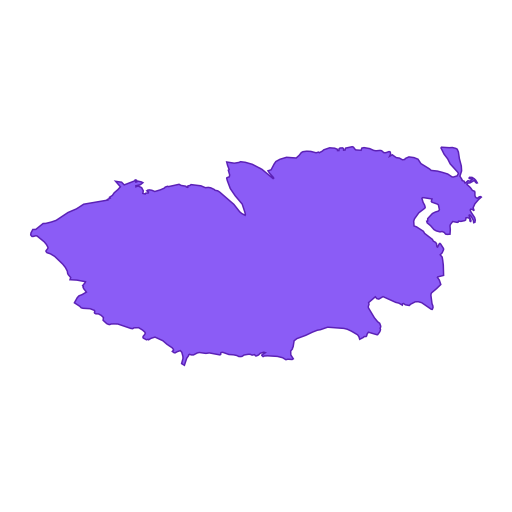 Corunca, Mures, Romania (Robinson projection)
{"feature_id": "2599482B95867949885200", "entity_name": "Corunca", "entity_type": "district", "adm_level": 2, "iso_a3": "ROU", "parent_name": "Romania", "parent_adm1": "Mures", "projection": "robinson", "projection_center": [24.644, 46.518], "detail": "fine", "context": "isolated", "style": "filled", "palette": "violet", "viewbox_px": 512, "rotation_deg": 0, "n_neighbors": 0, "source": "geoboundaries", "source_scale": "gbopen_adm2", "svg_char_len": 6079}
<svg xmlns="http://www.w3.org/2000/svg" viewBox="0 0 512 512"><path d="M359.7,339.3L363.2,337.5L364.2,336.6L366.1,336.5L366.7,335.8L367.0,334.3L368.4,332.2L377.2,334.8L377.7,334.6L379.5,332.2L380.1,331.0L380.5,329.6L380.1,328.2L380.7,326.9L380.7,326.1L379.7,323.3L377.7,321.8L374.4,317.8L368.4,307.8L368.3,306.3L369.0,304.4L368.6,302.6L375.3,296.8L376.8,298.6L378.8,299.1L383.0,296.6L395.8,302.4L398.8,303.1L402.3,305.1L402.5,303.8L403.5,303.5L405.4,304.8L409.3,305.5L410.6,304.2L415.3,301.8L418.3,301.7L421.7,302.7L431.3,309.3L432.3,309.4L433.0,307.6L432.9,306.0L432.0,303.6L430.9,295.3L431.1,293.7L431.6,292.8L436.6,288.6L440.8,284.5L439.3,280.0L437.4,277.4L437.7,276.9L443.6,275.4L443.3,265.1L442.7,260.2L442.2,257.1L440.2,254.8L442.1,252.9L443.6,249.6L443.5,248.5L440.7,244.1L439.9,243.4L439.2,243.9L437.6,247.1L436.9,246.7L436.5,243.7L435.6,242.4L433.3,241.1L432.4,239.4L424.6,233.4L423.4,231.3L416.6,226.9L414.0,225.9L413.7,221.1L414.5,218.8L418.8,212.8L424.8,208.2L425.2,207.3L424.6,205.1L423.1,202.4L421.9,198.3L422.6,197.7L424.0,197.7L432.0,199.0L431.3,201.3L431.8,202.1L437.6,204.2L438.4,204.9L439.4,209.6L439.1,210.3L438.3,211.1L435.4,212.0L432.4,213.5L427.7,218.6L427.7,221.0L426.7,221.2L427.2,222.9L430.5,225.6L434.0,229.6L436.3,230.9L440.0,231.9L442.1,231.5L444.2,232.4L445.6,234.1L447.2,234.4L450.0,234.2L450.3,229.7L450.0,225.9L450.4,224.5L452.7,221.5L457.3,222.4L458.2,222.1L458.5,221.2L461.0,221.4L464.7,220.6L465.6,220.0L466.0,217.8L467.0,217.7L468.1,217.7L469.3,218.4L469.8,218.9L470.0,221.1L470.7,221.5L471.0,220.9L470.8,219.8L469.1,215.5L469.3,215.0L469.8,214.9L471.2,216.3L473.3,220.2L473.7,222.7L474.9,222.3L475.3,220.1L474.6,217.5L471.1,212.2L470.2,210.1L470.6,209.2L471.3,209.2L472.6,209.5L473.5,210.4L474.0,210.1L473.1,207.8L474.9,203.8L478.6,199.5L481.3,197.1L480.7,196.6L479.3,196.8L477.5,198.2L476.4,197.9L475.4,197.0L474.9,195.4L474.9,192.3L474.6,191.3L472.4,190.4L470.3,187.5L467.0,184.5L467.0,184.0L467.8,183.1L470.0,182.9L473.9,180.7L474.5,180.7L475.6,182.4L476.6,183.1L477.3,182.9L475.7,180.2L474.3,178.8L472.1,177.4L469.6,177.3L469.1,177.9L469.2,178.5L472.4,179.2L470.0,181.2L468.0,180.7L465.6,182.8L464.9,182.9L464.1,181.2L462.1,180.5L462.1,179.7L459.9,176.2L461.6,170.9L461.3,166.0L459.4,158.7L458.4,152.0L457.2,149.2L455.8,148.4L452.3,147.5L449.4,147.7L441.5,147.2L441.0,148.0L444.1,154.2L447.7,158.9L450.2,163.9L457.8,172.3L458.4,173.5L457.1,175.9L453.1,177.1L451.9,176.8L447.7,174.0L442.1,172.3L437.5,171.1L431.1,170.4L429.6,169.0L420.9,163.6L418.0,159.2L414.0,157.6L408.9,156.9L405.3,158.5L404.7,159.5L402.5,159.8L399.4,158.1L396.2,157.6L392.3,154.8L389.6,156.3L390.6,154.1L390.3,152.3L389.9,151.7L388.9,151.6L385.9,152.7L383.9,152.7L381.6,150.7L380.1,150.4L376.0,150.8L373.7,150.4L369.7,148.6L364.0,147.6L361.8,148.1L361.1,150.3L356.7,150.0L355.5,149.8L353.4,147.1L352.2,146.7L345.6,148.1L345.0,150.1L343.6,150.2L343.5,148.7L342.7,147.9L340.1,148.0L339.2,148.6L338.9,150.6L337.5,150.6L337.4,149.3L334.7,148.2L329.6,147.8L323.8,149.8L322.2,151.2L319.3,152.7L318.5,152.1L316.1,152.8L310.8,151.4L306.6,151.2L302.9,151.7L301.3,152.6L299.2,155.3L296.2,158.0L286.5,157.3L279.9,159.3L275.9,161.5L274.2,163.9L271.1,169.8L268.0,170.8L269.5,173.1L273.0,177.0L273.7,178.1L273.1,178.6L261.9,169.3L252.3,164.3L245.3,162.3L240.5,161.7L239.1,162.4L234.3,163.2L226.7,162.0L227.6,165.5L229.2,169.6L228.3,170.2L229.7,175.0L229.3,176.8L226.9,177.7L226.7,178.2L227.3,180.6L230.3,188.6L235.2,195.8L242.2,204.1L244.8,212.0L245.4,214.4L245.1,215.3L241.7,213.5L239.7,211.8L233.8,204.3L219.7,192.1L217.7,190.8L215.1,190.3L214.1,189.4L210.7,187.8L208.3,187.4L205.4,187.7L200.9,185.8L191.0,184.6L190.2,185.4L188.0,185.9L187.6,186.3L187.8,187.3L187.4,187.4L186.3,187.0L185.8,186.2L181.0,185.4L179.1,184.3L168.6,186.6L167.5,186.3L165.2,187.1L164.3,188.1L160.5,189.8L154.8,191.5L151.9,190.3L149.5,189.9L147.8,190.1L146.8,190.8L148.4,191.9L148.3,192.9L145.7,193.2L145.2,194.0L142.8,193.4L143.3,190.8L141.6,187.6L138.1,186.0L135.9,186.8L135.8,185.8L140.4,184.7L142.9,182.7L141.4,181.9L137.4,181.0L136.9,181.9L135.8,182.1L135.6,181.2L136.2,180.1L135.7,179.9L135.1,180.0L134.6,180.9L124.2,184.9L121.6,182.2L115.6,181.3L120.4,186.8L118.0,189.5L114.2,192.8L112.4,195.4L109.5,197.3L110.2,198.1L107.4,199.5L107.7,200.1L83.7,204.2L76.4,208.9L68.0,212.5L56.1,220.4L51.4,222.0L45.8,223.4L43.1,223.5L35.8,229.4L32.8,229.5L31.0,232.9L30.7,234.9L31.9,236.4L33.0,236.5L36.0,235.7L37.2,236.1L44.3,241.9L46.5,244.6L48.0,247.4L47.8,248.5L46.0,250.8L46.0,251.5L47.0,252.7L50.4,253.8L54.7,256.4L62.8,264.2L65.4,267.5L67.3,271.1L67.7,273.6L68.3,274.7L70.7,277.5L70.0,279.7L76.9,280.1L85.5,281.7L85.3,282.4L82.6,285.7L83.3,286.5L83.1,287.4L83.8,288.8L86.4,292.1L81.9,294.7L79.0,295.8L77.3,297.6L74.4,302.8L79.8,306.3L81.2,307.8L83.1,308.3L90.1,308.7L94.4,310.4L94.8,311.2L94.4,312.5L94.6,313.1L95.8,313.8L98.5,313.9L101.1,315.3L103.4,317.5L103.1,320.3L106.7,323.6L108.5,324.4L109.7,324.6L111.1,324.0L113.7,323.9L117.8,324.0L130.7,328.4L132.6,328.7L134.1,327.8L138.7,327.7L142.6,330.1L144.8,332.1L145.3,333.1L144.7,334.5L143.1,336.4L143.0,337.7L143.5,338.2L146.5,339.8L148.0,339.3L148.6,339.8L151.1,338.3L155.0,337.1L162.8,340.7L167.1,344.4L172.2,347.8L173.4,349.4L173.5,350.2L172.3,351.4L173.9,352.6L175.0,352.9L177.2,351.7L180.3,350.6L181.8,352.3L182.9,356.4L183.0,358.4L181.6,363.6L184.4,365.3L186.7,358.3L188.6,355.6L188.6,354.9L189.4,354.3L191.4,354.9L193.5,354.9L197.4,352.9L199.4,352.5L205.9,353.4L209.3,352.9L219.9,354.9L220.7,354.4L220.7,353.1L221.1,352.5L222.7,352.3L228.9,354.5L233.5,354.8L236.8,355.5L238.8,356.5L240.5,356.6L242.0,356.4L244.1,355.0L248.2,354.3L250.2,354.3L252.1,355.1L254.5,354.6L255.6,355.9L256.5,355.9L258.5,355.0L260.2,353.3L263.8,352.2L265.3,352.7L261.9,354.9L261.8,355.4L263.1,356.6L264.2,356.0L267.6,355.8L277.4,356.4L282.6,357.7L285.9,359.7L287.8,359.2L292.1,359.5L293.3,358.8L290.8,354.9L290.7,351.0L292.5,348.8L292.5,347.7L293.1,347.0L294.1,340.8L296.9,338.6L305.8,335.3L312.5,332.1L317.4,330.2L320.4,329.7L327.6,327.2L343.9,328.4L347.2,329.2L351.3,331.1L357.6,334.8L358.9,336.7L359.7,339.3Z" fill="#8b5cf6" stroke="#5b21b6" stroke-width="1.5"/></svg>